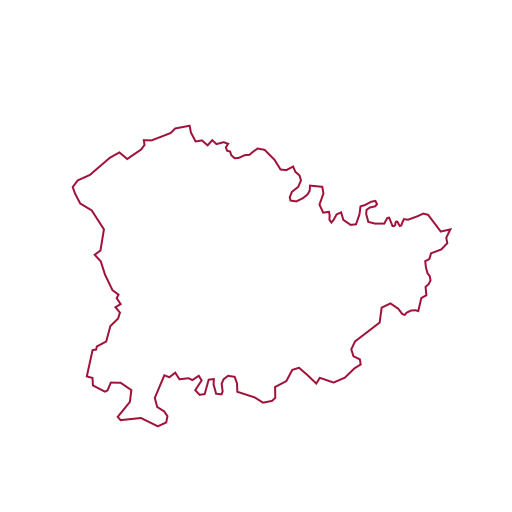 outline of Minas de Corrales, Rivera, Uruguay, rotated 255°
{"feature_id": "84410073B24709911994057", "entity_name": "Minas de Corrales", "entity_type": "district", "adm_level": 2, "iso_a3": "URY", "parent_name": "Uruguay", "parent_adm1": "Rivera", "projection": "albers", "projection_center": [-55.503, -31.525], "detail": "fine", "context": "isolated", "style": "outline", "palette": "rose", "viewbox_px": 512, "rotation_deg": 255, "n_neighbors": 0, "source": "geoboundaries", "source_scale": "gbopen_adm2", "svg_char_len": 2584}
<svg xmlns="http://www.w3.org/2000/svg" viewBox="0 0 512 512"><g transform="rotate(255 256 256)"><path d="M175.4,373.6L168.2,379.8L162.0,382.3L160.6,384.4L162.3,386.9L163.2,391.7L162.3,396.0L160.8,398.5L172.6,404.8L174.0,410.4L182.3,411.8L184.2,415.6L187.4,418.3L191.6,418.6L195.0,417.2L201.1,417.2L207.2,418.1L208.2,422.6L213.3,425.8L214.4,436.7L218.9,444.1L224.4,444.5L231.4,450.6L231.8,440.8L251.2,432.9L253.7,428.6L252.6,422.3L251.7,412.3L253.3,408.4L249.7,405.4L247.9,404.3L247.8,402.7L249.6,402.1L251.9,401.7L252.9,401.0L252.8,400.0L251.9,399.3L249.8,398.5L249.2,397.1L249.6,395.6L253.2,395.2L256.4,394.8L258.6,394.5L258.7,392.7L256.5,390.5L254.1,388.3L256.5,379.3L259.9,373.3L268.2,373.3L272.0,374.8L273.4,378.7L273.1,383.9L274.7,386.3L278.3,385.6L278.6,381.4L277.0,374.3L276.9,369.8L269.4,366.7L260.7,360.8L261.6,355.4L268.3,349.7L276.1,349.5L275.3,344.6L270.7,340.2L268.8,337.5L271.9,336.3L276.5,337.7L279.8,337.9L280.5,332.1L289.2,330.6L298.9,337.3L305.7,337.9L310.0,326.4L305.1,324.7L302.1,321.7L299.7,316.2L298.3,309.1L300.6,303.7L304.0,303.8L308.7,307.3L311.8,314.6L317.3,319.0L322.5,318.9L327.1,315.8L332.8,315.0L331.1,307.5L333.2,302.1L344.1,298.8L356.3,291.8L359.4,285.4L357.3,279.7L355.4,275.9L356.3,271.2L355.2,264.5L356.0,260.6L359.8,258.2L363.6,258.0L365.2,255.3L368.7,255.0L371.6,258.1L374.3,254.2L374.3,246.8L379.2,243.7L375.4,237.9L381.6,233.7L382.3,227.3L392.1,225.1L399.0,225.6L400.1,211.0L396.9,205.4L394.7,185.0L396.9,177.6L392.2,177.1L388.7,172.8L383.0,156.7L391.4,150.9L388.7,140.2L377.3,116.5L375.2,103.4L370.0,96.8L363.0,97.4L352.2,99.8L342.6,109.1L321.1,116.0L301.6,107.2L298.9,100.5L290.9,104.7L277.2,105.3L260.2,108.5L254.2,113.2L251.3,110.5L244.6,112.8L242.9,107.0L236.5,109.9L231.3,106.6L226.0,97.2L212.2,89.2L209.8,78.9L207.0,77.3L207.4,73.8L183.5,61.4L180.5,66.5L173.2,65.0L164.1,74.9L164.6,77.8L171.3,83.0L168.6,92.4L158.7,100.9L147.7,96.4L136.4,80.8L132.5,82.7L129.3,102.9L116.9,117.1L118.5,126.2L124.2,129.0L129.8,127.0L135.7,121.5L145.1,121.5L164.5,136.6L161.3,140.9L164.2,147.8L156.7,150.2L155.4,159.2L152.6,162.4L155.1,169.7L149.9,171.3L142.1,162.6L136.5,165.6L135.9,170.7L148.8,178.3L148.0,183.4L143.0,181.8L133.3,181.8L131.3,186.9L133.7,188.7L141.6,189.8L145.4,192.9L147.5,198.0L144.8,204.1L137.8,204.7L129.7,202.8L119.7,218.2L112.5,224.8L111.9,234.1L114.0,237.9L124.5,240.5L127.3,252.9L136.6,261.6L136.9,268.6L127.8,274.8L117.2,281.2L121.8,286.1L113.7,298.2L115.5,310.4L122.0,322.0L124.1,329.0L129.2,329.6L133.9,324.2L141.2,323.9L147.9,329.6L159.7,358.2L173.6,364.0L175.4,373.6Z" fill="none" stroke="#9f1239" stroke-width="2"/></g></svg>